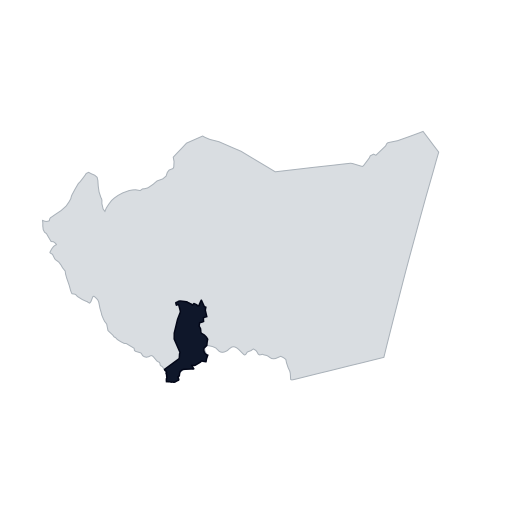 location of Sila within Chad, rotated 77°
{"feature_id": "TCD-5582", "entity_name": "Sila", "entity_type": "Prefecture", "adm_level": 1, "iso_a3": "TCD", "parent_name": "Chad", "parent_adm1": "", "projection": "orthographic", "projection_center": [21.327, 12.006], "detail": "fine", "context": "in_parent", "style": "filled", "palette": "ink", "viewbox_px": 512, "rotation_deg": 77, "n_neighbors": 0, "source": "natural_earth", "source_scale": "10m", "svg_char_len": 5847}
<svg xmlns="http://www.w3.org/2000/svg" viewBox="0 0 512 512"><g transform="rotate(77 256 256)"><path d="M383.5,154.2L383.7,165.5L383.9,176.7L384.0,187.9L384.2,199.2L384.4,210.4L384.5,221.7L384.7,233.0L384.9,244.3L384.9,248.0L384.6,249.5L384.0,250.0L378.2,249.0L375.7,249.0L372.1,249.8L366.9,250.3L363.5,250.2L361.2,252.1L359.3,254.5L360.3,260.1L360.1,261.9L359.4,263.9L357.8,265.5L356.2,266.9L355.3,268.0L354.1,270.6L353.2,271.8L353.3,273.4L353.1,275.0L352.1,275.9L349.7,276.6L348.1,277.3L346.8,278.6L346.0,279.4L346.4,280.6L347.1,282.2L347.4,284.7L347.7,286.2L348.9,287.4L349.6,288.2L349.9,289.3L349.2,290.1L346.2,292.0L345.0,292.7L343.6,293.6L343.1,293.9L340.9,295.7L339.8,297.2L339.3,298.5L339.3,300.2L340.4,302.9L341.7,305.1L342.1,306.8L342.4,308.6L342.3,310.4L341.7,311.9L340.6,313.3L336.5,315.9L334.4,318.8L332.8,322.2L332.4,324.1L332.9,325.3L333.7,326.4L335.0,326.9L336.8,327.1L339.7,326.5L342.5,326.1L345.5,327.4L347.0,330.2L346.4,332.4L347.5,336.2L348.6,340.8L348.5,342.4L348.9,343.0L350.8,343.3L351.2,344.3L350.6,352.5L351.5,354.7L352.7,356.4L354.1,357.2L355.6,358.3L356.3,359.0L357.9,359.2L359.8,360.7L360.3,362.6L360.2,364.5L359.1,368.7L358.3,371.5L357.2,371.3L355.0,370.6L352.4,370.0L349.1,369.6L346.1,370.7L342.7,372.2L341.7,373.3L340.7,373.9L339.3,373.8L337.9,374.0L337.2,375.0L336.0,376.2L331.2,378.6L330.1,379.4L329.5,380.3L329.5,381.2L330.0,383.2L330.0,385.6L329.0,387.5L327.7,388.8L326.3,389.3L325.1,389.6L324.3,390.4L321.8,394.8L320.7,395.7L318.5,395.5L312.1,402.1L311.5,404.1L309.2,406.9L306.2,409.9L303.6,411.4L303.4,412.0L302.7,412.6L301.1,413.2L295.4,417.0L288.7,416.8L285.7,418.2L282.8,418.9L278.5,419.6L277.3,419.5L271.8,419.8L265.4,419.6L263.0,420.1L260.7,421.5L259.0,422.7L258.7,423.2L259.0,423.7L258.9,424.1L263.4,427.2L264.5,428.7L263.3,430.2L262.8,430.4L262.7,430.4L262.0,431.6L259.4,435.0L255.3,439.1L253.3,440.2L252.5,441.0L251.4,443.7L250.7,444.0L248.0,444.4L242.6,444.6L235.1,445.4L230.6,445.6L227.8,445.3L223.8,447.2L222.4,447.6L221.5,447.8L217.6,449.5L214.4,452.3L213.2,452.8L208.6,453.9L206.8,455.8L206.0,456.0L203.1,453.4L201.1,451.0L200.2,448.7L200.1,447.9L199.5,448.0L197.9,449.0L196.5,450.2L195.8,452.4L191.1,453.9L187.1,455.1L185.2,456.7L182.4,457.4L178.8,457.0L176.0,456.3L173.3,456.0L174.6,454.0L175.2,452.5L175.3,450.7L175.1,449.4L173.5,448.7L172.5,447.7L170.2,441.8L167.9,435.7L164.6,429.7L161.0,425.8L158.3,423.4L157.5,423.1L156.1,422.3L155.2,421.7L150.4,417.5L145.4,412.8L144.1,410.7L141.6,407.6L138.9,404.4L137.4,402.9L136.8,400.3L138.8,398.0L141.0,395.0L143.6,393.1L146.9,393.1L152.3,394.0L158.2,394.5L164.1,394.0L165.6,393.6L167.1,393.6L170.3,394.4L175.8,394.4L178.6,393.2L175.6,391.1L172.4,387.8L169.4,384.2L167.6,380.9L165.9,376.7L164.5,371.5L163.7,364.9L163.9,361.1L164.4,358.4L166.2,354.1L165.1,351.5L165.4,349.4L165.3,346.3L164.8,344.7L162.8,339.6L162.4,339.0L160.6,335.5L159.9,329.5L157.9,325.6L154.6,323.6L152.7,321.3L152.1,317.2L150.8,316.1L145.5,314.6L141.1,314.4L138.0,309.8L134.1,303.8L130.4,298.3L128.3,287.3L127.1,281.0L128.8,279.2L132.0,274.8L136.3,266.4L145.8,253.6L150.6,247.0L160.1,237.2L171.7,225.1L178.3,218.3L179.7,205.7L181.2,192.4L182.3,182.3L183.7,170.4L184.9,160.4L185.7,153.2L186.9,142.9L187.7,141.0L192.3,133.0L192.7,132.0L191.9,130.6L186.0,123.6L184.1,122.1L183.2,118.5L184.8,116.5L177.9,104.9L176.1,103.5L175.3,102.1L175.3,100.0L175.5,92.1L174.1,79.7L172.2,65.2L180.9,61.3L187.5,58.4L195.9,54.6L203.4,58.8L214.4,64.8L225.4,70.9L236.4,77.0L247.5,83.0L258.6,89.0L269.8,95.0L281.0,101.0L292.2,107.0L303.5,113.0L314.8,118.9L326.2,124.8L337.6,130.7L349.0,136.6L360.5,142.5L372.0,148.4L383.5,154.2Z" fill="#d9dde1" stroke="#a8b0b8" stroke-width="1"/><path d="M350.7,370.0L350.2,370.0L349.6,369.4L349.4,369.7L349.1,369.6L348.7,369.5L348.3,369.4L348.0,369.5L347.7,369.7L347.3,370.2L347.0,370.4L346.6,370.5L345.9,370.6L338.9,354.4L338.5,354.0L337.9,353.6L334.1,352.5L333.2,351.9L332.8,351.8L332.4,351.8L318.5,354.4L312.7,353.0L300.1,346.7L293.9,342.5L293.4,342.3L292.7,342.1L286.2,342.3L285.9,342.4L285.8,342.5L285.8,343.0L286.0,344.4L286.0,344.6L285.8,344.7L285.7,344.7L284.5,344.7L283.9,344.7L283.6,344.7L283.4,344.5L283.3,344.2L283.1,342.8L283.1,342.5L282.7,341.9L282.7,340.4L282.8,339.9L284.4,335.4L285.1,333.7L285.4,333.3L285.5,333.3L285.6,333.2L285.8,333.0L286.0,332.8L286.6,331.9L287.5,331.0L288.1,330.1L288.3,329.9L288.5,329.7L289.1,329.4L289.5,329.1L289.6,328.9L289.5,328.7L289.4,328.5L288.6,327.7L288.4,327.3L288.4,327.1L288.6,326.8L290.3,324.6L290.5,324.5L290.8,324.5L291.0,324.5L291.2,324.4L291.5,324.1L291.5,323.9L291.6,323.7L291.5,323.1L291.6,322.8L291.5,322.6L291.5,322.4L291.4,322.3L291.2,322.2L290.9,322.3L290.6,322.3L287.0,319.5L286.8,319.3L286.8,319.2L287.0,319.1L293.4,317.8L293.6,317.7L293.9,317.5L294.6,316.4L297.4,317.6L300.2,317.6L304.0,317.6L304.2,321.0L306.0,321.5L308.0,321.8L308.3,323.6L308.3,325.9L311.5,327.2L314.3,326.4L316.9,326.7L317.9,327.0L319.1,326.5L321.4,324.1L323.9,322.6L326.2,321.8L329.2,323.1L332.0,324.0L332.1,324.3L332.8,325.2L333.8,327.0L334.3,327.5L335.2,327.9L336.2,328.1L337.2,328.1L338.2,328.0L339.4,327.6L340.3,327.1L341.1,326.3L341.8,325.3L344.9,327.3L347.4,328.3L347.8,328.6L346.6,331.5L346.0,332.4L346.0,332.7L346.9,334.0L348.7,339.6L348.8,339.9L348.8,340.2L348.8,340.5L348.1,343.3L348.3,343.3L348.4,343.2L348.7,343.0L350.3,342.5L351.3,342.3L351.6,342.5L351.8,342.1L352.0,342.2L352.0,342.6L351.9,343.1L351.5,344.4L350.1,352.2L350.3,353.4L350.8,354.6L351.5,355.7L352.4,356.5L353.3,356.9L355.3,357.6L355.9,358.2L356.0,358.4L356.0,359.2L356.3,359.3L358.6,359.0L359.2,359.1L359.6,359.4L359.9,361.2L360.5,363.0L360.6,363.4L360.6,364.1L360.5,364.6L360.1,365.5L359.9,365.9L359.9,366.4L359.9,366.9L359.8,367.2L359.4,367.6L359.2,367.9L358.3,371.5L356.9,371.3L355.4,370.9L354.8,370.3L353.8,370.1L353.6,370.1L352.7,370.1L352.0,369.8L351.8,369.8L351.2,369.8L350.7,370.0Z" fill="#0f172a" stroke="#020617" stroke-width="1.5"/></g></svg>